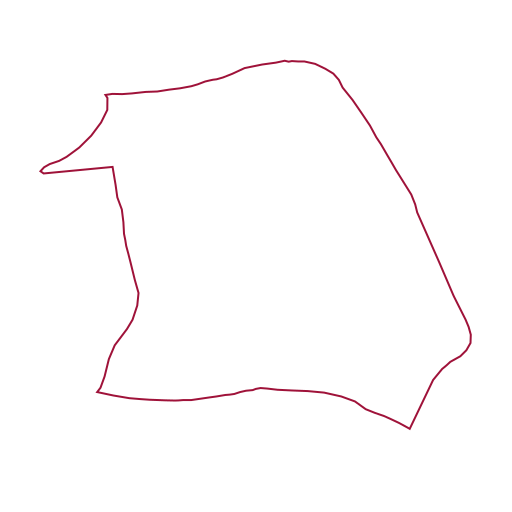 Chbar Ampov, Kândal, Cambodia, rotated 173°
{"feature_id": "14789045B58474594002009", "entity_name": "Chbar Ampov", "entity_type": "district", "adm_level": 2, "iso_a3": "KHM", "parent_name": "Cambodia", "parent_adm1": "Kândal", "projection": "natural_earth1", "projection_center": [104.993, 11.51], "detail": "fine", "context": "isolated", "style": "outline", "palette": "rose", "viewbox_px": 512, "rotation_deg": 173, "n_neighbors": 0, "source": "geoboundaries", "source_scale": "gbopen_adm2", "svg_char_len": 1605}
<svg xmlns="http://www.w3.org/2000/svg" viewBox="0 0 512 512"><g transform="rotate(173 256 256)"><path d="M430.2,140.3L414.5,134.9L399.0,130.3L388.4,128.1L379.1,126.3L363.6,123.8L354.0,122.4L350.7,122.1L346.2,121.9L337.9,120.9L319.8,121.3L312.6,121.4L303.4,121.8L299.0,121.6L294.3,121.7L288.3,122.9L282.3,123.5L275.6,123.3L272.4,124.1L267.6,124.4L261.2,123.1L250.9,120.6L236.4,118.1L221.0,115.6L205.0,112.1L188.5,106.2L175.5,99.6L165.8,90.6L157.1,85.8L148.3,81.5L142.2,77.8L134.6,73.0L126.6,67.3L124.5,65.7L95.3,111.4L85.0,121.2L80.3,124.2L76.0,127.3L65.4,131.6L58.7,136.8L53.7,143.5L52.4,151.7L53.6,159.7L55.7,167.2L57.1,171.1L64.2,190.9L64.9,193.0L74.9,227.4L90.7,279.6L91.7,287.8L94.4,298.1L104.9,320.6L106.6,324.2L109.9,332.0L113.5,340.3L118.4,351.8L122.1,359.1L127.0,371.6L133.9,385.2L141.2,399.2L149.5,412.6L152.3,420.7L157.0,427.6L164.4,433.4L173.9,439.5L184.3,443.2L190.2,443.9L196.6,445.1L199.9,444.9L203.7,446.3L206.9,446.0L212.7,445.5L226.6,445.3L244.4,443.9L257.4,439.7L267.1,437.2L273.6,436.2L277.2,436.2L280.5,435.9L285.2,435.4L292.9,433.5L299.5,432.4L311.0,431.7L321.9,431.7L333.9,431.3L345.5,432.3L359.5,432.5L369.2,433.0L378.8,434.4L385.8,434.2L384.2,431.0L385.8,419.1L393.5,407.4L404.9,395.5L418.2,385.2L431.9,377.5L439.8,374.4L449.5,372.4L455.5,369.9L459.6,366.4L456.7,363.8L387.5,361.9L386.7,343.7L386.5,331.1L383.5,318.5L383.5,305.7L384.0,298.4L384.3,294.1L383.8,287.7L383.6,281.9L382.4,273.5L381.3,264.8L379.2,247.1L377.1,233.6L379.9,221.3L386.3,207.8L393.0,199.2L407.1,184.6L414.6,171.6L421.0,154.8L426.4,144.2L430.2,140.3Z" fill="none" stroke="#9f1239" stroke-width="2"/></g></svg>